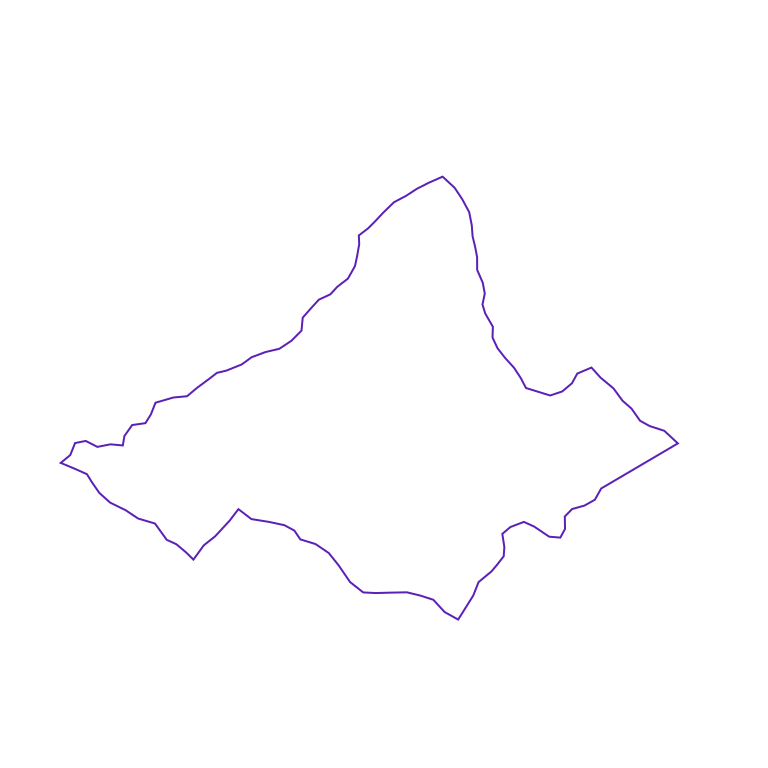 the district of Júlio Mesquita, São Paulo, Brazil, rotated 102°
{"feature_id": "56859067B97647740758227", "entity_name": "Júlio Mesquita", "entity_type": "district", "adm_level": 2, "iso_a3": "BRA", "parent_name": "Brazil", "parent_adm1": "São Paulo", "projection": "natural_earth1", "projection_center": [-49.794, -21.975], "detail": "fine", "context": "isolated", "style": "outline", "palette": "violet", "viewbox_px": 768, "rotation_deg": 102, "n_neighbors": 0, "source": "geoboundaries", "source_scale": "gbopen_adm2", "svg_char_len": 1701}
<svg xmlns="http://www.w3.org/2000/svg" viewBox="0 0 768 768"><g transform="rotate(102 384 384)"><path d="M581.6,564.1L583.9,553.8L589.8,542.7L595.4,533.9L579.2,526.7L568.1,517.5L549.8,506.6L536.7,500.4L543.7,485.6L542.8,467.7L542.8,452.1L546.0,441.2L553.4,433.5L554.8,417.7L560.8,402.9L570.8,390.7L584.8,376.0L592.2,361.0L590.2,348.6L586.6,333.7L583.0,318.3L583.4,304.6L584.8,290.9L594.5,277.2L599.0,262.5L585.7,257.6L572.3,252.7L558.1,250.3L544.8,239.8L536.9,235.6L527.6,231.1L518.4,232.4L506.0,237.1L497.6,230.6L489.8,218.5L492.2,207.6L499.0,190.7L497.6,179.6L488.1,176.8L476.0,179.6L467.2,174.0L461.3,162.7L453.4,153.7L441.0,149.8L381.0,84.2L371.5,100.1L369.9,115.4L366.7,125.9L356.6,136.8L350.7,147.3L340.6,158.6L332.7,173.6L324.8,184.5L333.6,197.1L344.2,200.3L354.3,208.2L360.7,219.1L359.5,232.1L358.4,244.3L349.8,251.4L341.0,260.3L333.3,271.0L325.4,280.4L316.0,287.5L305.4,289.4L293.9,299.7L285.7,304.2L274.7,304.2L264.5,308.4L253.0,316.6L240.6,319.3L231.3,323.2L221.0,328.1L210.6,331.1L198.2,336.4L187.1,345.8L177.4,355.7L169.0,369.8L177.8,382.0L186.2,392.4L195.4,401.6L204.2,412.1L216.6,420.4L227.2,426.8L234.9,431.8L243.9,439.5L252.5,437.3L264.1,436.9L274.7,436.9L288.4,441.2L298.6,449.9L307.4,455.1L315.1,465.3L325.7,471.5L336.0,477.3L348.9,475.8L360.9,483.5L371.3,493.7L377.4,506.6L385.3,519.0L394.5,527.3L403.7,541.0L407.8,549.7L415.7,556.4L426.3,565.8L436.9,574.1L441.0,587.2L449.8,603.6L462.2,605.7L471.9,609.2L476.5,621.8L488.9,627.1L498.4,626.7L499.9,639.1L505.1,651.3L501.7,663.9L506.0,673.9L518.7,676.1L528.4,683.8L531.3,668.4L534.0,655.8L541.0,649.1L549.8,639.7L557.0,627.1L561.1,610.7L566.7,596.6L568.1,579.0L581.6,564.1Z" fill="none" stroke="#5b21b6" stroke-width="2"/></g></svg>